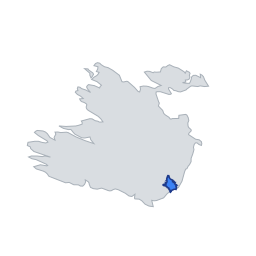 Arklow Lea-6, Wicklow, Ireland shown in context, rotated 34°
{"feature_id": "5873133B66309830606527", "entity_name": "Arklow Lea-6", "entity_type": "district", "adm_level": 2, "iso_a3": "IRL", "parent_name": "Ireland", "parent_adm1": "Wicklow", "projection": "natural_earth1", "projection_center": [-6.256, 52.881], "detail": "medium", "context": "in_parent", "style": "filled", "palette": "blue", "viewbox_px": 256, "rotation_deg": 34, "n_neighbors": 0, "source": "geoboundaries", "source_scale": "gbopen_adm2", "svg_char_len": 5217}
<svg xmlns="http://www.w3.org/2000/svg" viewBox="0 0 256 256"><g transform="rotate(34 128 128)"><path d="M162.7,54.6L157.4,57.4L156.5,58.5L155.0,62.8L154.8,64.0L151.4,68.7L149.5,69.7L146.7,70.4L145.1,71.2L143.1,70.8L140.5,70.9L139.2,71.7L139.3,72.4L140.0,73.1L144.8,75.3L144.5,76.2L143.1,77.3L134.6,79.8L132.1,81.4L131.2,82.4L132.1,84.1L138.8,89.2L140.0,89.8L140.9,92.8L146.9,94.0L149.4,95.9L151.5,96.3L156.0,96.2L157.9,96.9L158.9,96.3L159.5,95.4L164.7,91.7L163.1,89.0L168.3,84.4L169.7,84.4L172.2,85.8L174.2,87.8L174.8,90.4L176.7,92.8L177.9,93.6L181.2,94.1L182.0,95.0L181.4,98.5L181.9,99.6L190.3,99.5L193.6,98.0L196.5,98.3L198.0,99.8L198.6,101.4L196.1,102.0L193.5,101.7L192.2,102.7L192.1,104.7L193.0,107.3L194.8,109.1L196.2,113.3L197.3,117.9L199.1,120.6L199.5,124.1L199.2,125.8L199.6,128.8L198.8,129.9L199.4,132.7L202.5,141.9L203.1,149.1L201.6,151.9L199.5,154.4L198.2,157.5L197.2,160.7L196.6,166.0L192.2,172.2L190.3,173.8L188.1,174.7L192.9,179.1L189.0,181.0L184.7,181.6L180.1,180.6L177.1,180.7L173.4,182.9L172.6,182.5L170.8,179.0L169.5,182.6L166.8,183.8L162.2,183.6L154.5,184.6L151.5,185.6L150.2,187.3L149.3,189.2L148.1,190.3L146.7,190.9L140.7,192.3L139.5,192.8L136.7,195.9L133.1,197.7L130.1,198.2L127.4,196.4L126.3,195.3L125.1,194.8L121.0,194.9L122.3,195.4L123.1,196.7L123.5,199.1L123.0,201.5L121.0,202.7L118.6,202.9L114.7,205.4L109.7,206.0L106.9,208.3L90.2,212.1L89.2,212.2L86.9,211.2L84.4,210.8L81.9,211.1L74.9,213.2L71.5,212.8L75.9,207.5L81.8,204.8L82.4,204.1L80.5,203.7L69.5,205.6L65.6,207.2L61.8,207.6L63.6,205.2L68.6,201.9L72.9,199.7L74.7,197.7L80.0,195.5L63.2,200.1L58.8,199.5L57.8,198.3L54.3,198.8L53.1,195.8L58.2,191.1L61.2,189.1L64.8,188.0L68.2,186.4L69.5,184.5L67.9,183.9L57.8,184.4L52.9,184.0L53.2,182.5L54.1,180.8L59.2,178.0L61.9,177.5L64.3,177.8L68.6,179.5L74.3,178.9L72.0,177.1L71.6,173.4L69.8,172.2L72.2,170.5L74.8,169.4L79.3,165.9L80.9,165.3L89.7,164.5L99.1,162.6L108.5,160.0L103.8,158.6L101.5,156.7L97.7,160.5L95.1,162.0L87.5,162.8L85.2,162.3L81.8,161.2L80.8,161.6L79.8,162.5L74.8,164.4L69.6,164.9L75.7,161.4L83.5,155.6L85.3,153.7L87.8,150.5L87.0,149.1L85.4,148.3L91.1,141.7L93.1,140.5L96.7,140.3L99.3,139.2L100.5,139.2L101.5,138.8L103.8,136.9L100.3,135.6L96.7,135.0L85.4,135.6L83.9,135.5L82.5,134.9L81.6,134.0L80.9,131.8L80.1,131.3L77.6,131.3L75.0,132.0L73.3,131.9L71.6,130.9L74.4,128.6L70.8,128.1L67.3,128.5L64.3,127.8L64.2,126.4L65.6,125.0L63.9,123.6L63.5,121.9L65.4,121.1L67.5,121.3L71.7,120.1L77.1,119.5L72.5,118.2L70.7,117.1L70.6,115.5L71.0,114.1L76.4,111.7L82.1,110.7L81.7,109.1L82.1,107.4L76.4,106.9L70.7,108.1L71.4,104.9L72.8,102.0L73.1,100.1L72.9,98.0L70.2,98.9L69.9,96.0L68.8,94.0L64.9,95.4L65.0,92.7L66.2,90.9L68.3,90.1L70.3,90.5L74.1,90.4L77.8,89.1L83.0,88.7L91.4,89.1L97.1,93.0L98.6,92.3L100.9,89.9L102.0,89.6L110.7,90.7L116.0,92.1L117.5,91.6L116.7,88.9L114.9,87.0L117.3,84.6L120.1,82.9L122.0,82.1L126.4,81.0L128.3,80.1L129.6,76.9L131.7,74.2L120.7,75.6L110.3,72.5L112.0,70.3L114.2,69.0L118.0,68.1L118.4,66.9L120.3,65.9L123.5,63.4L122.4,60.1L123.0,57.7L125.3,56.2L126.1,53.9L127.1,52.3L131.7,51.7L136.2,50.2L143.0,50.0L144.8,50.6L144.4,47.9L147.7,47.5L148.9,48.0L149.4,50.0L150.9,51.2L151.3,53.3L150.3,55.0L148.7,56.2L150.2,57.5L147.8,59.9L150.4,58.9L154.0,56.6L153.8,54.7L153.2,52.4L152.2,50.2L152.7,47.9L154.7,46.4L160.0,45.7L157.8,43.0L159.8,42.8L161.9,43.3L164.9,45.4L171.4,48.3L168.2,50.9L164.3,52.7L162.7,54.6ZM69.6,106.0L69.4,107.2L66.9,105.6L65.7,103.9L58.8,103.1L61.8,101.4L63.1,101.9L68.0,102.0L69.4,102.7L69.6,106.0Z" fill="#d9dde1" stroke="#a8b0b8" stroke-width="1"/><path d="M188.7,144.9L188.6,145.1L188.4,145.1L188.1,144.9L187.6,145.2L187.7,145.7L187.9,145.8L187.8,146.1L188.1,146.4L188.1,146.7L188.0,147.0L188.2,147.3L188.4,147.3L188.2,147.7L188.3,148.2L189.0,148.8L188.9,149.0L189.2,149.5L189.1,149.8L189.4,149.7L189.6,149.8L190.1,150.2L190.5,151.0L190.5,151.3L190.5,151.5L190.0,151.6L189.5,152.1L190.6,152.4L190.5,152.9L190.6,153.1L190.2,153.2L190.1,153.5L190.7,153.7L190.2,154.0L189.4,154.3L189.2,154.6L189.0,155.2L188.8,155.3L188.8,155.5L189.1,155.8L189.4,155.7L189.8,155.8L190.5,155.2L190.7,155.4L191.4,154.9L191.8,155.0L191.9,154.9L192.1,155.1L192.4,155.2L192.6,154.9L193.1,154.8L193.7,155.4L194.0,155.5L194.6,155.1L195.3,155.0L195.4,155.3L195.7,155.7L196.2,155.6L196.5,156.0L196.8,155.7L197.2,156.1L197.7,156.1L198.3,156.2L198.0,156.7L198.3,157.0L198.0,156.9L197.7,157.0L198.4,157.1L198.4,157.3L198.7,157.5L199.1,157.5L199.0,157.2L199.3,156.6L199.1,156.5L199.1,156.2L199.1,155.9L199.3,155.7L199.2,155.8L199.1,155.7L199.3,155.0L199.2,155.0L199.2,154.8L199.9,154.1L200.3,153.2L200.6,152.9L202.1,152.1L201.8,151.8L202.0,151.2L201.5,150.9L201.5,150.2L201.2,150.1L200.9,149.9L200.6,149.8L200.5,149.6L200.3,149.4L200.5,149.0L200.3,149.1L200.2,148.8L200.3,148.6L200.2,148.3L200.2,148.0L200.1,147.9L199.4,148.0L199.4,148.4L199.1,148.5L199.0,148.4L198.3,148.2L198.2,148.2L198.3,148.0L198.0,147.7L197.4,147.4L197.4,147.1L197.6,147.0L197.6,146.8L197.2,147.0L196.9,146.9L196.5,146.6L196.0,146.5L196.2,146.8L196.7,147.1L196.5,147.3L196.0,147.8L195.7,147.5L195.1,147.4L194.9,147.2L194.8,147.3L194.7,147.1L194.1,146.7L193.9,146.3L193.7,146.4L193.0,146.3L192.2,146.7L191.7,146.6L191.2,146.6L190.1,146.0L188.7,144.9Z" fill="#3b82f6" stroke="#1e3a8a" stroke-width="1.5"/></g></svg>